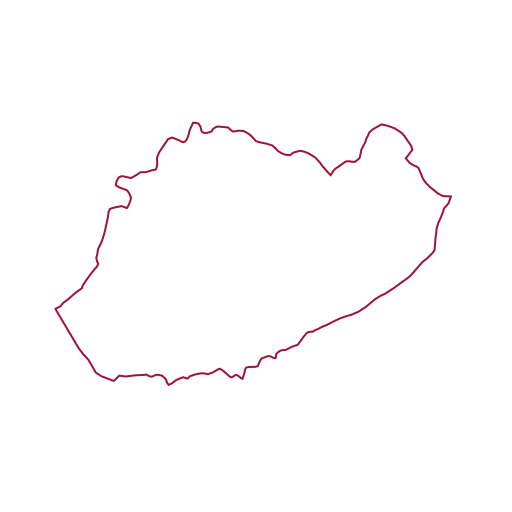 outline of Bois D'Inde, Anse-la-Raye, Saint Lucia, rotated 115°
{"feature_id": "8701671B8158625953395", "entity_name": "Bois D'Inde", "entity_type": "district", "adm_level": 2, "iso_a3": "LCA", "parent_name": "Saint Lucia", "parent_adm1": "Anse-la-Raye", "projection": "orthographic", "projection_center": [-61.009, 13.942], "detail": "fine", "context": "isolated", "style": "outline", "palette": "rose", "viewbox_px": 512, "rotation_deg": 115, "n_neighbors": 0, "source": "geoboundaries", "source_scale": "gbopen_adm2", "svg_char_len": 4325}
<svg xmlns="http://www.w3.org/2000/svg" viewBox="0 0 512 512"><g transform="rotate(115 256 256)"><path d="M184.2,382.2L185.5,383.5L187.3,385.2L189.9,385.4L194.0,386.2L202.2,387.5L203.7,387.6L207.5,387.3L209.5,387.0L213.1,385.0L215.6,383.9L217.8,383.5L219.6,383.4L220.1,383.5L221.9,386.2L224.1,388.4L227.0,392.0L228.8,396.0L233.1,398.6L238.2,402.2L239.7,409.2L240.4,411.5L242.8,413.6L246.4,414.0L250.7,413.2L251.0,413.0L251.2,412.2L251.6,409.4L251.3,405.0L251.0,401.1L251.1,400.4L251.5,399.6L252.6,397.8L255.8,394.0L256.6,393.8L258.9,393.2L263.6,392.9L267.1,393.3L267.2,394.0L267.4,397.4L267.7,399.0L270.6,403.1L272.8,405.9L273.4,406.7L273.9,407.1L275.1,408.2L275.9,408.2L278.3,408.3L281.5,407.2L282.2,407.0L284.9,406.3L294.4,404.1L298.3,403.3L299.7,403.0L308.3,401.9L313.7,402.0L315.8,402.1L318.9,401.4L321.2,400.7L321.6,400.6L325.3,399.9L327.6,398.1L328.4,397.4L329.8,395.6L330.8,395.6L332.8,395.7L335.3,396.4L336.5,396.8L342.2,398.2L349.1,399.5L350.7,399.8L354.2,400.3L356.4,400.6L358.4,400.1L360.6,401.2L361.8,401.8L363.9,403.1L365.6,404.0L371.6,406.7L373.5,407.5L374.4,407.9L380.1,410.9L384.0,411.9L388.8,415.4L402.5,395.3L410.4,383.8L414.9,377.1L418.0,371.0L420.9,364.0L426.2,356.4L429.3,352.0L430.3,345.3L429.3,332.0L428.2,331.6L425.7,330.7L424.1,330.0L422.2,329.3L421.1,325.9L420.2,323.0L415.0,314.7L412.5,309.9L410.8,306.7L409.8,305.4L409.9,304.4L410.0,301.4L409.3,299.3L408.7,298.8L406.0,296.4L404.9,294.2L404.5,292.0L404.2,290.3L404.7,288.9L405.7,285.8L408.7,282.6L409.0,282.1L409.7,280.7L406.6,278.2L402.1,275.9L398.8,272.9L397.5,271.6L396.6,270.7L396.3,267.8L395.9,266.2L392.9,265.1L390.9,262.9L390.0,262.0L389.4,261.5L387.0,258.3L386.4,257.4L385.8,256.5L384.5,254.1L383.9,251.6L383.4,249.5L382.7,248.9L382.1,248.3L381.7,247.8L381.2,247.4L379.9,246.1L379.5,245.7L379.0,245.4L377.6,244.4L375.2,242.8L373.6,241.5L373.5,240.1L373.6,239.2L373.9,237.4L374.5,235.3L375.0,233.4L375.8,230.9L376.2,229.5L376.5,227.3L376.0,226.7L375.8,226.4L375.5,226.1L374.6,225.5L374.1,225.3L373.2,224.9L372.0,223.4L372.1,221.5L373.1,217.7L373.0,216.4L369.9,216.7L366.5,217.1L364.9,217.6L362.8,217.9L361.3,217.7L360.5,216.8L359.5,215.3L357.9,212.2L357.7,211.8L357.0,210.2L355.1,207.8L354.2,207.8L353.8,207.8L352.9,207.9L351.7,208.1L348.2,207.9L346.1,207.4L344.8,205.9L344.4,205.5L342.6,203.8L341.6,202.8L341.1,201.2L340.8,200.3L340.8,199.4L340.9,198.1L340.9,197.2L340.9,196.2L340.4,195.1L339.8,195.1L339.3,195.3L338.7,195.5L336.9,196.0L336.4,196.2L334.8,195.6L333.9,195.3L333.3,195.0L331.3,193.7L329.9,191.8L329.5,191.1L328.8,189.6L326.8,188.0L324.6,186.2L322.5,184.7L322.2,184.0L321.1,183.2L319.1,180.8L315.6,180.0L310.4,179.0L304.9,177.7L303.6,177.1L301.9,175.2L300.8,172.8L298.4,171.2L297.3,170.2L294.9,168.1L293.9,167.4L293.0,166.8L288.2,162.4L282.9,158.4L277.1,153.5L272.3,148.7L269.4,145.2L263.6,139.9L255.9,135.0L245.2,130.0L239.9,126.6L235.1,122.7L226.4,117.3L220.2,113.9L212.4,109.5L208.1,107.5L199.4,105.0L190.7,102.5L186.3,100.1L178.1,97.1L175.2,96.6L172.8,97.6L168.9,99.0L163.6,101.0L158.8,102.4L154.9,103.9L148.6,104.8L143.3,104.8L136.5,105.2L133.6,105.7L132.8,105.6L130.6,104.8L126.9,103.8L119.7,104.5L120.8,107.4L122.3,110.8L122.7,112.8L122.3,118.2L120.9,123.5L119.7,128.5L117.6,133.7L115.8,136.7L114.2,138.8L112.2,140.8L107.7,145.7L107.1,148.0L107.2,151.6L106.7,156.1L105.3,159.2L104.2,161.5L93.8,159.2L93.4,159.2L90.4,162.3L84.6,172.0L82.9,176.0L81.7,184.1L82.3,191.3L83.1,195.4L83.8,198.1L87.0,200.2L91.5,203.5L96.4,205.6L99.4,205.4L104.1,205.6L106.3,205.0L112.5,205.4L115.5,205.4L120.4,204.1L123.6,203.5L128.7,206.0L129.4,207.2L130.9,211.8L132.0,214.1L134.7,216.0L138.8,218.2L142.6,220.5L145.2,221.7L149.1,222.2L151.2,222.6L149.5,226.9L146.3,234.0L144.5,237.1L141.7,243.9L140.8,251.2L141.0,256.0L142.0,260.6L145.1,264.2L146.8,266.1L149.9,267.5L150.8,269.1L151.9,272.8L152.0,276.4L151.6,280.4L150.2,283.5L149.0,287.8L149.6,293.2L150.8,298.3L151.6,301.6L151.9,304.6L150.0,308.9L148.7,312.7L148.2,316.0L148.0,320.1L149.7,324.6L152.3,328.4L153.0,329.8L152.3,332.6L151.3,335.5L152.8,339.9L154.5,344.5L155.3,346.1L157.6,347.9L159.6,348.8L161.7,348.8L164.6,351.7L166.5,355.1L166.2,357.7L164.0,359.7L162.3,360.9L160.3,364.2L161.0,367.7L162.0,369.4L165.0,369.3L169.0,369.3L172.6,368.8L176.2,368.1L180.2,368.1L182.1,368.5L183.8,370.5L183.7,374.7L183.9,380.4L184.2,382.2Z" fill="none" stroke="#9f1239" stroke-width="2"/></g></svg>